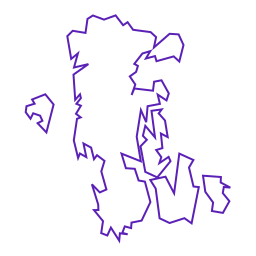 outline of Tjøme nor, Norway
{"feature_id": "86288312B10899957207180", "entity_name": "Tjøme nor", "entity_type": "district", "adm_level": 2, "iso_a3": "NOR", "parent_name": "Norway", "parent_adm1": "", "projection": "equal_earth", "projection_center": [10.411, 59.111], "detail": "medium", "context": "isolated", "style": "outline", "palette": "violet", "viewbox_px": 256, "rotation_deg": 0, "n_neighbors": 0, "source": "geoboundaries", "source_scale": "gbopen_adm2", "svg_char_len": 1827}
<svg xmlns="http://www.w3.org/2000/svg" viewBox="0 0 256 256"><path d="M92.9,15.5L87.5,18.9L85.5,32.9L72.7,30.8L67.3,36.2L71.2,58.9L77.9,53.4L74.0,67.5L88.4,64.1L73.5,74.6L75.2,99.8L80.0,94.3L80.9,98.1L76.4,103.8L80.9,105.7L76.0,113.8L80.7,117.4L77.0,118.8L73.8,140.4L78.1,158.0L79.9,153.5L86.3,157.1L83.5,143.5L91.1,147.6L94.0,159.2L97.0,155.2L104.5,160.9L101.3,171.4L106.4,189.5L99.8,192.4L91.9,184.3L98.2,204.5L98.4,210.0L94.0,210.1L103.0,221.1L101.2,233.1L107.3,235.5L110.9,227.6L119.2,240.6L119.9,233.3L127.7,234.3L122.3,232.9L124.8,226.4L131.1,228.1L131.5,222.6L141.6,220.6L150.4,202.1L144.9,181.6L138.6,180.5L134.8,168.8L125.9,168.2L121.5,153.6L140.8,161.3L136.7,136.7L140.9,110.1L146.2,122.2L147.6,106.2L159.9,103.9L157.7,94.6L166.5,100.4L168.8,93.4L161.5,80.3L154.1,81.7L153.0,90.7L134.3,88.5L131.6,95.0L135.3,84.5L129.8,76.4L136.1,71.9L137.9,65.9L134.3,63.9L142.4,53.5L150.3,51.1L145.9,58.5L155.0,56.1L156.5,61.2L173.7,56.4L179.3,61.5L183.5,45.0L178.6,34.4L169.6,33.8L153.9,47.5L156.1,37.1L150.6,32.1L133.1,29.8L127.6,22.2L123.1,25.2L115.6,15.4L104.0,19.6L92.9,15.5ZM179.3,153.6L174.1,193.3L165.5,176.7L150.3,180.0L155.7,188.6L159.6,218.3L169.6,223.0L184.4,218.2L191.6,223.3L198.8,187.1L193.5,186.5L189.0,167.5L193.4,160.0L179.3,153.6ZM161.7,109.4L151.5,110.8L155.0,137.4L145.3,125.8L142.9,135.8L146.8,139.8L140.5,146.3L145.3,171.9L157.3,177.4L170.5,161.2L168.6,156.9L159.4,163.1L161.3,157.1L156.2,150.0L162.4,148.1L160.9,133.5L167.7,137.1L165.0,120.5L158.7,113.4L161.7,109.4ZM220.9,177.0L203.0,175.7L205.3,191.8L213.1,202.5L211.9,211.0L222.9,212.9L229.4,201.2L222.8,193.1L223.8,187.0L230.3,187.6L220.7,182.5L220.9,177.0ZM45.3,94.3L32.1,99.5L34.6,103.7L26.5,106.2L25.7,112.2L30.5,118.7L33.2,113.3L40.1,115.7L42.4,120.8L37.6,123.2L46.4,132.4L53.6,104.5L45.3,94.3Z" fill="none" stroke="#5b21b6" stroke-width="2"/></svg>